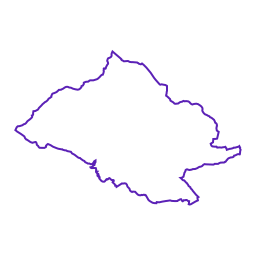 Treznea, Salaj, Romania (orthographic projection)
{"feature_id": "2599482B74175634097496", "entity_name": "Treznea", "entity_type": "district", "adm_level": 2, "iso_a3": "ROU", "parent_name": "Romania", "parent_adm1": "Salaj", "projection": "orthographic", "projection_center": [23.093, 47.104], "detail": "fine", "context": "isolated", "style": "outline", "palette": "violet", "viewbox_px": 256, "rotation_deg": 0, "n_neighbors": 0, "source": "geoboundaries", "source_scale": "gbopen_adm2", "svg_char_len": 5792}
<svg xmlns="http://www.w3.org/2000/svg" viewBox="0 0 256 256"><path d="M188.7,204.2L189.4,204.5L190.7,204.3L195.7,201.4L197.9,200.4L197.4,197.8L197.6,197.4L198.4,197.0L195.9,194.6L195.1,193.6L192.6,190.6L192.1,189.7L190.7,188.4L190.3,187.2L188.6,186.0L187.9,184.5L187.0,183.5L186.8,183.0L186.0,182.5L185.2,181.5L184.2,180.4L183.3,180.3L182.6,179.9L181.5,178.7L180.6,177.9L182.0,177.7L182.3,177.4L183.5,176.7L183.8,175.2L184.1,174.4L184.4,172.9L185.3,171.4L185.6,170.1L185.9,169.8L187.0,169.3L188.5,169.8L189.6,170.0L191.7,169.6L192.8,169.1L195.1,169.0L197.4,168.1L198.5,167.3L199.6,166.8L200.6,166.7L201.8,166.2L202.3,165.9L203.3,164.8L204.6,164.1L205.7,164.3L213.3,164.6L214.1,164.3L214.6,163.9L217.9,163.9L218.5,163.7L219.2,163.1L220.7,162.6L224.1,162.5L224.5,162.3L224.6,162.1L224.8,161.9L225.3,161.9L225.8,161.5L226.6,160.2L227.1,159.9L227.5,159.2L228.5,158.3L230.8,157.4L231.8,157.4L233.0,157.1L233.7,156.6L233.9,155.9L234.1,155.6L235.3,155.4L237.4,154.3L238.3,154.1L239.7,154.4L239.9,154.1L240.2,151.1L240.6,149.8L239.9,148.2L239.7,147.3L239.9,147.2L239.5,146.6L239.3,146.1L238.7,146.6L234.9,147.7L233.9,147.6L233.3,148.0L232.2,148.4L230.5,148.8L229.7,148.8L229.2,149.0L226.8,149.8L226.4,148.3L226.1,148.1L225.7,147.3L225.3,146.8L224.6,147.1L222.7,147.3L221.7,147.6L219.7,147.4L217.2,147.6L217.0,147.3L216.7,146.8L216.4,146.6L215.0,146.7L212.3,146.4L211.4,145.6L211.2,145.2L210.7,143.7L213.0,142.3L213.3,139.0L215.7,138.9L217.1,138.6L218.7,131.9L218.1,131.5L216.8,130.5L216.4,128.1L216.5,127.6L216.7,126.9L216.7,126.2L217.0,125.9L216.8,124.3L216.4,123.6L215.8,123.0L215.3,122.8L215.0,122.2L214.9,121.6L214.0,119.8L211.9,118.1L210.7,117.4L210.0,117.2L209.4,116.3L207.7,115.6L207.0,115.1L205.0,114.3L203.8,113.2L202.7,111.6L202.4,110.9L202.3,110.2L202.5,109.5L202.5,108.6L202.3,107.8L201.3,106.4L199.9,105.3L198.0,104.1L196.2,103.7L193.9,104.0L192.3,104.5L191.1,103.9L190.1,103.0L189.8,102.5L189.0,101.8L188.3,101.4L186.2,101.1L184.5,101.3L183.7,100.9L183.0,101.1L182.4,101.6L180.2,102.1L179.5,102.5L178.2,103.5L175.3,103.8L174.5,103.6L173.2,102.3L170.5,100.7L170.2,100.0L170.2,99.4L169.9,98.9L168.7,97.9L168.4,97.4L167.9,97.1L166.7,96.0L166.3,95.9L166.2,95.5L166.1,95.3L166.6,93.4L166.7,91.9L167.0,90.9L167.0,86.1L166.9,85.8L165.3,85.0L162.9,84.6L161.7,84.3L160.2,84.7L159.5,84.2L155.7,79.9L154.1,77.9L150.7,72.8L146.4,67.6L143.8,65.0L142.0,63.5L141.2,64.2L140.8,64.3L138.8,63.7L138.5,63.3L138.3,63.1L137.6,62.9L137.2,62.5L132.3,62.1L131.1,62.1L129.7,61.9L128.0,61.0L123.9,61.3L122.5,60.4L121.8,60.2L121.2,59.4L121.3,59.1L120.8,58.6L112.5,51.5L111.8,53.1L111.5,54.2L111.6,55.3L111.5,56.1L111.0,56.9L109.8,57.7L108.3,58.2L107.9,58.6L107.3,60.3L107.2,60.9L107.9,62.3L108.1,63.4L108.0,63.9L107.3,64.7L106.8,65.6L106.4,66.4L105.9,67.4L105.7,68.5L105.4,68.7L104.3,68.4L103.9,68.4L103.7,68.7L103.8,69.7L103.6,70.7L103.8,71.1L103.8,71.5L103.4,73.2L102.8,74.7L101.9,74.8L101.1,75.4L99.6,77.1L97.6,78.9L96.7,79.3L93.4,80.3L90.3,80.3L89.5,80.6L88.3,81.6L85.9,81.8L84.1,82.5L83.8,82.7L83.8,84.0L82.9,85.5L81.5,86.1L81.4,87.1L80.8,87.9L80.0,88.7L79.0,89.4L77.7,89.7L75.4,89.3L73.0,88.7L70.9,87.7L69.2,87.5L68.2,87.0L67.3,86.8L66.0,86.9L64.4,87.7L64.1,88.0L62.9,88.8L61.3,89.5L61.1,89.7L59.1,89.9L58.8,89.9L58.0,90.8L57.2,91.4L56.7,92.0L54.0,93.2L53.3,93.3L52.4,93.8L52.1,94.2L51.3,96.1L51.4,96.8L50.1,97.8L48.6,98.7L47.8,100.0L46.9,100.9L45.7,101.8L44.8,102.2L44.1,102.9L42.4,104.3L41.7,105.2L38.9,108.0L38.2,109.2L37.9,109.6L35.3,111.0L33.4,111.2L33.1,113.1L33.1,114.6L32.7,115.2L31.9,115.5L32.2,116.2L32.1,117.1L31.4,118.0L29.8,119.4L27.4,121.2L26.4,122.6L25.8,123.3L24.8,124.0L23.6,124.3L22.5,125.2L19.7,126.1L17.7,126.3L16.7,127.3L15.4,130.1L15.7,130.3L16.9,131.4L21.0,134.0L23.8,136.0L24.4,136.5L25.1,138.2L26.4,139.6L27.0,139.7L30.5,142.1L32.0,142.6L32.3,142.8L35.3,142.0L35.6,142.0L36.1,142.3L36.6,143.4L36.8,144.7L37.1,145.1L38.2,146.0L38.7,147.0L39.3,147.6L39.7,147.8L44.4,147.9L44.8,147.6L45.8,147.2L46.1,146.4L46.0,146.0L46.1,145.6L47.3,144.4L47.9,144.0L50.7,145.2L51.4,145.7L53.0,146.7L56.5,148.1L58.1,148.7L61.9,149.4L62.2,149.3L62.7,149.7L64.7,150.3L66.1,150.4L67.3,151.1L70.9,151.8L72.0,153.4L74.5,154.7L76.8,156.5L78.4,157.7L79.1,157.9L80.0,158.0L80.7,158.7L83.0,160.4L84.4,161.0L85.2,162.2L87.0,163.0L87.7,163.5L88.2,163.6L89.3,163.5L90.7,164.2L91.9,164.1L92.6,163.7L93.5,162.6L94.2,161.3L95.5,160.5L95.5,162.1L95.1,162.7L94.7,163.8L94.5,164.1L94.5,164.9L94.3,165.1L93.5,165.2L93.2,165.5L93.0,166.0L92.4,166.6L91.4,167.1L90.5,167.3L90.7,167.7L91.7,168.1L94.1,168.0L95.8,168.1L96.2,169.5L96.0,171.5L96.1,171.8L96.8,171.7L96.7,171.9L96.9,171.9L96.6,172.2L96.5,172.6L97.2,173.4L98.2,173.8L98.2,174.3L98.4,174.5L98.5,174.8L97.9,174.6L97.4,175.0L97.5,175.8L98.7,176.9L99.6,177.3L99.3,177.9L99.3,178.5L99.9,179.1L101.2,180.7L102.4,181.5L103.3,181.7L104.2,181.7L104.7,181.4L105.4,180.6L106.5,179.2L106.8,179.1L107.0,179.6L107.9,179.3L109.2,178.1L109.5,178.1L111.4,179.9L111.9,180.1L112.8,180.0L113.5,180.1L113.7,180.4L113.8,180.9L113.5,181.3L113.0,181.5L112.6,182.3L114.6,184.1L115.1,184.9L115.2,185.7L116.1,185.7L116.5,186.9L122.0,183.4L122.8,183.6L124.7,183.3L125.9,183.6L126.5,184.2L127.0,185.0L127.3,186.2L127.7,186.9L129.4,188.6L130.0,190.4L130.8,191.3L132.1,192.0L132.8,191.6L135.2,191.8L136.4,193.2L137.8,194.6L139.1,195.2L140.7,195.3L141.4,194.9L142.3,195.1L144.0,194.7L145.3,195.3L145.6,195.1L146.0,195.6L147.9,198.9L148.2,199.6L149.5,200.9L152.5,202.7L153.3,202.9L154.3,203.1L156.4,203.2L156.7,202.1L159.3,202.3L162.4,201.6L165.5,201.1L165.9,201.0L167.0,200.9L169.5,200.5L170.1,200.4L171.7,200.9L173.3,201.0L175.5,201.1L177.4,201.0L178.0,200.4L178.5,200.3L179.8,199.5L180.9,199.2L181.1,199.2L182.2,201.0L182.7,201.3L182.9,201.2L183.8,200.2L185.0,200.3L185.8,200.0L186.7,200.0L188.2,201.1L189.1,201.2L188.9,203.6L188.7,204.2Z" fill="none" stroke="#5b21b6" stroke-width="2"/></svg>